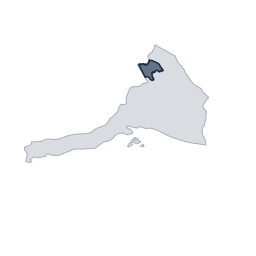 location of Lalay Gash, Gash Barka, Eritrea, rotated 125°
{"feature_id": "51966322B3150290200372", "entity_name": "Lalay Gash", "entity_type": "district", "adm_level": 2, "iso_a3": "ERI", "parent_name": "Eritrea", "parent_adm1": "Gash Barka", "projection": "albers", "projection_center": [37.404, 14.623], "detail": "fine", "context": "in_parent", "style": "filled", "palette": "slate", "viewbox_px": 256, "rotation_deg": 125, "n_neighbors": 0, "source": "geoboundaries", "source_scale": "gbopen_adm2", "svg_char_len": 5400}
<svg xmlns="http://www.w3.org/2000/svg" viewBox="0 0 256 256"><g transform="rotate(125 128 128)"><path d="M44.4,153.4L43.6,145.8L43.0,140.8L42.5,135.4L42.0,130.3L44.4,127.2L45.5,124.2L48.4,114.6L49.6,112.7L51.9,107.6L52.2,106.1L54.4,99.6L54.2,95.3L53.8,91.0L55.0,88.4L56.1,86.3L56.0,84.6L56.5,80.5L56.9,79.5L58.2,79.4L60.9,80.0L62.9,79.6L65.3,79.6L67.0,79.4L68.1,78.2L69.5,73.5L70.5,72.5L71.2,72.2L73.2,71.4L75.0,70.0L76.4,69.0L76.9,68.8L78.4,68.7L79.9,68.1L80.6,67.4L82.5,66.9L84.4,67.2L85.6,66.6L86.5,66.2L87.4,66.2L88.3,65.6L88.6,64.8L89.2,64.2L90.6,63.0L91.3,62.1L91.6,61.2L91.9,60.5L92.5,59.3L95.0,56.3L97.2,54.5L104.9,69.7L108.0,78.7L110.8,88.0L113.0,102.2L115.0,109.3L118.1,112.9L120.3,119.6L122.2,119.8L123.5,121.6L125.9,127.9L127.6,130.2L128.4,128.2L128.3,127.0L127.6,125.1L128.2,122.6L129.5,121.1L132.4,123.1L134.0,124.6L134.5,127.7L135.2,129.4L138.3,133.0L140.9,134.1L144.2,134.3L147.0,135.0L149.3,136.3L153.5,140.0L163.2,143.1L171.1,152.9L175.8,159.7L191.1,169.8L193.8,174.7L195.3,179.6L198.4,179.3L204.0,184.5L205.7,188.6L210.2,189.9L210.9,187.5L213.1,189.4L214.0,192.5L211.2,193.8L208.1,194.9L207.6,194.9L206.6,196.3L205.2,200.2L203.6,201.4L202.7,201.5L197.7,198.0L197.0,197.8L195.9,198.6L195.2,199.3L192.8,196.6L191.1,194.2L188.7,191.4L186.4,190.1L183.9,188.6L181.5,184.8L179.0,180.7L175.3,177.4L168.5,172.6L162.2,166.4L157.4,160.0L154.3,156.6L153.0,155.8L146.7,153.8L142.3,150.8L138.9,148.4L136.8,147.8L134.8,147.7L130.5,148.3L127.0,146.8L125.5,146.8L123.1,146.3L121.2,145.8L119.1,146.5L114.6,147.6L112.7,147.4L111.7,145.9L111.1,144.7L109.5,143.5L108.2,143.5L107.5,144.6L102.9,147.4L95.0,149.0L93.1,148.9L91.7,147.8L87.7,143.1L86.6,142.3L85.7,142.2L83.9,141.7L82.1,140.8L80.6,138.8L79.1,137.7L77.5,141.5L74.6,148.2L73.1,151.7L71.1,156.3L70.5,156.4L69.5,156.1L65.6,150.4L63.1,148.3L61.3,148.5L59.9,149.5L59.1,151.4L58.2,152.6L57.2,153.1L55.0,152.8L51.7,151.9L48.3,152.1L44.8,153.4L44.4,153.4ZM136.4,115.1L137.5,116.4L138.2,116.3L138.8,115.8L139.2,114.8L143.2,116.7L143.0,118.0L140.6,118.1L137.9,117.6L135.3,117.8L132.2,117.3L131.5,115.1L133.5,116.2L134.5,115.9L134.6,115.6L133.3,114.1L131.3,113.8L131.4,112.7L132.3,112.2L132.8,111.6L131.7,110.0L133.9,110.3L135.3,111.3L136.2,112.4L136.4,115.1ZM134.7,104.9L135.6,107.4L133.1,106.5L132.6,106.0L133.7,104.9L133.9,104.3L134.7,104.9Z" fill="#d9dde1" stroke="#a8b0b8" stroke-width="1"/><path d="M60.8,132.1L60.6,132.3L60.6,132.5L60.4,132.8L60.3,133.0L60.1,133.4L60.1,133.6L60.0,133.8L59.9,134.3L60.0,134.5L59.8,134.6L59.7,134.9L59.6,135.0L59.5,135.4L59.5,135.6L59.4,135.7L59.2,136.4L59.1,136.7L59.0,136.9L58.4,137.9L57.7,139.9L57.9,141.3L58.1,142.3L58.1,142.6L58.3,143.7L58.3,143.9L58.4,144.0L58.5,144.2L58.5,144.7L58.6,144.9L58.6,145.1L58.7,145.3L58.7,145.6L58.8,145.9L58.8,146.3L58.9,146.7L59.0,147.1L59.1,147.4L59.3,147.6L59.5,147.9L59.7,148.2L59.8,148.5L59.8,148.8L59.9,149.1L60.0,149.3L60.5,149.2L60.8,149.1L61.0,149.2L61.0,149.3L61.3,149.1L61.5,149.1L61.7,148.9L61.8,148.9L61.8,148.7L62.0,148.6L62.3,148.5L62.5,148.5L62.8,148.8L63.0,148.8L63.1,148.7L63.4,148.6L63.5,148.6L63.8,148.6L64.0,148.4L64.3,148.4L64.4,148.5L64.5,148.4L64.6,148.5L64.6,148.8L64.8,148.9L65.1,148.9L65.1,149.0L65.2,149.3L65.3,149.3L65.5,149.3L65.4,149.4L65.4,149.5L65.5,149.6L65.8,149.8L65.8,150.0L66.1,150.1L66.0,150.3L66.3,150.3L66.3,150.5L66.5,150.6L66.5,150.8L66.3,150.8L66.3,151.0L66.5,151.2L66.7,151.3L66.8,151.3L66.8,151.5L66.7,151.8L66.8,151.8L66.8,152.1L66.7,152.1L66.6,152.3L66.9,152.6L67.0,152.6L67.3,152.8L67.4,153.0L67.5,153.0L67.8,153.3L68.0,153.3L68.0,153.5L68.3,153.5L68.5,153.5L68.6,154.0L68.5,154.3L68.5,154.6L68.8,154.7L68.8,154.8L69.0,154.9L69.1,155.0L69.3,155.1L69.2,155.3L69.4,155.4L69.5,155.5L69.7,155.4L69.8,155.3L70.0,155.4L76.6,142.9L75.7,142.5L75.5,142.3L75.3,142.2L75.2,142.1L75.0,141.9L75.0,141.7L74.9,141.6L74.8,141.3L74.8,141.2L74.7,140.9L74.6,140.7L74.5,140.3L74.5,140.1L74.7,139.3L74.7,139.1L74.9,138.7L75.0,138.5L75.1,138.3L75.1,138.0L75.2,137.9L75.3,137.6L75.3,137.1L75.4,136.7L75.3,136.4L75.3,136.0L75.3,135.9L75.3,135.7L75.2,135.6L74.8,135.6L74.7,135.6L74.4,135.4L74.1,135.3L74.1,135.2L74.4,135.1L74.4,134.9L74.2,134.7L74.0,134.8L73.8,134.9L73.7,134.8L73.4,134.9L73.4,135.0L73.2,135.4L72.9,135.3L72.8,135.5L72.7,135.6L72.7,135.8L72.7,136.0L72.5,136.3L72.4,136.4L72.4,136.5L72.5,136.6L72.5,136.8L72.4,136.9L72.3,137.1L72.0,137.2L71.9,137.3L71.9,137.5L71.7,137.7L71.6,137.8L71.5,138.0L71.4,138.2L71.4,138.3L71.2,138.3L71.1,138.5L70.9,138.7L70.6,138.8L70.3,138.9L70.3,139.0L70.1,139.2L70.1,139.3L69.9,139.4L69.8,139.5L69.3,139.8L69.2,139.8L68.9,139.7L68.9,139.8L68.7,139.6L68.4,139.7L68.4,139.8L68.2,139.8L68.2,139.7L68.1,139.8L67.9,139.8L67.9,139.6L67.8,139.4L67.7,139.3L67.7,139.2L67.5,138.9L67.4,138.8L67.5,138.7L67.4,138.5L67.2,138.5L67.0,138.4L67.0,138.2L66.9,138.2L66.7,138.3L66.6,138.2L66.5,138.3L66.4,138.4L66.1,138.2L65.9,138.2L65.7,138.2L65.7,138.3L65.4,138.3L65.3,138.2L65.1,138.0L64.9,137.9L64.7,137.9L64.6,138.0L64.4,138.0L64.3,137.8L64.1,137.5L64.1,137.4L64.1,137.1L64.2,136.8L64.2,136.6L64.1,136.4L64.0,136.2L64.2,135.8L64.2,135.7L64.1,135.4L63.9,135.2L64.0,135.0L64.1,134.9L64.0,134.6L63.9,134.6L63.9,134.4L63.8,134.2L63.7,134.1L63.4,134.1L63.2,134.3L62.8,134.2L62.6,134.1L62.5,133.9L62.5,133.7L62.4,133.6L62.3,133.4L62.1,133.3L62.0,133.2L61.8,133.3L61.8,133.2L61.7,133.2L61.8,133.2L61.8,132.9L61.7,132.9L61.4,132.8L60.9,132.6L60.9,132.2L60.8,132.1Z" fill="#64748b" stroke="#1e293b" stroke-width="1.5"/></g></svg>